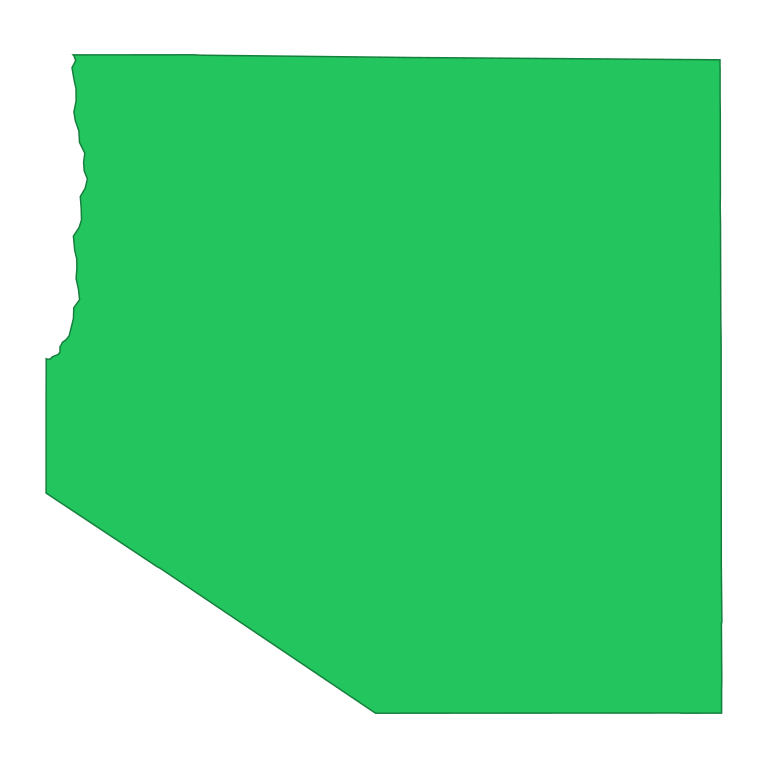 White Pine, Nevada, United States of America (Natural Earth projection)
{"feature_id": "52423323B32656881789588", "entity_name": "White Pine", "entity_type": "district", "adm_level": 2, "iso_a3": "USA", "parent_name": "United States of America", "parent_adm1": "Nevada", "projection": "natural_earth1", "projection_center": [-115.297, 39.403], "detail": "fine", "context": "isolated", "style": "filled", "palette": "green", "viewbox_px": 768, "rotation_deg": 0, "n_neighbors": 0, "source": "geoboundaries", "source_scale": "gbopen_adm2", "svg_char_len": 948}
<svg xmlns="http://www.w3.org/2000/svg" viewBox="0 0 768 768"><path d="M46.1,493.1L157.0,566.6L160.2,568.3L375.5,713.2L679.8,713.0L682.1,713.2L721.6,713.1L721.6,689.6L721.8,680.2L721.4,623.4L721.8,622.8L721.9,621.7L721.3,564.1L721.1,339.6L720.8,320.2L720.5,221.9L720.2,206.2L720.4,194.0L720.3,155.4L720.3,114.2L720.1,99.2L720.1,68.4L720.0,65.6L720.0,59.8L410.6,57.5L200.4,55.2L193.9,54.8L73.1,54.9L74.1,56.0L75.7,60.7L72.0,67.7L73.9,78.9L76.0,88.7L76.1,101.0L73.9,112.0L75.3,120.6L78.9,131.0L79.5,142.4L84.8,153.2L83.6,162.4L84.2,170.8L87.4,179.0L85.2,188.2L80.3,196.6L81.2,208.4L81.5,219.9L79.1,227.5L73.4,236.1L74.7,250.3L76.7,258.6L76.9,267.7L76.1,278.5L78.5,289.5L79.6,299.7L73.8,307.7L73.4,318.7L70.5,330.4L69.2,335.7L66.2,339.6L64.3,341.0L62.4,342.3L61.2,345.0L60.0,346.6L60.0,352.3L57.9,354.6L52.2,356.9L50.4,359.0L47.7,359.3L46.2,358.7L46.2,375.9L46.1,401.3L46.1,466.3L46.1,493.1Z" fill="#22c55e" stroke="#15803d" stroke-width="1.5"/></svg>